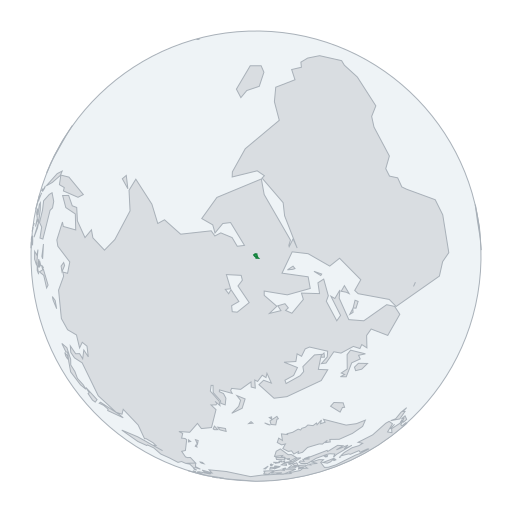 Babil highlighted on a globe, orthographic projection, rotated 181°
{"feature_id": "IRQ-3472", "entity_name": "Babil", "entity_type": "Province", "adm_level": 1, "iso_a3": "IRQ", "parent_name": "Iraq", "parent_adm1": "", "projection": "orthographic", "projection_center": [44.536, 32.662], "detail": "fine", "context": "on_globe", "style": "filled", "palette": "green", "viewbox_px": 512, "rotation_deg": 181, "n_neighbors": 0, "source": "natural_earth", "source_scale": "10m", "svg_char_len": 11268}
<svg xmlns="http://www.w3.org/2000/svg" viewBox="0 0 512 512"><g transform="rotate(181 256 256)"><circle cx="256" cy="256" r="225" fill="#eef3f6" stroke="#a8b0b8"/><path d="M251.2,30.8L253.1,30.8L278.1,32.4L288.3,33.3L284.3,33.3L305.2,36.2L320.2,40.1L301.8,35.6L298.8,35.2L308.3,37.4L307.2,37.6L311.3,39.0L309.2,39.3L298.6,37.3L297.0,37.6L303.8,39.2L306.1,41.0L296.3,38.4L299.2,41.4L281.9,40.0L257.5,35.3L246.4,37.0L217.2,39.1L218.4,40.0L208.1,42.3L205.6,44.4L200.9,44.7L203.0,46.2L207.7,45.5L210.2,46.0L209.2,47.4L203.0,47.9L202.6,47.3L200.3,48.2L197.6,48.0L198.4,48.9L191.0,49.7L196.7,51.0L189.5,53.5L185.0,53.5L187.7,50.7L183.8,45.8L180.1,46.0L172.3,48.6L152.9,58.7L147.9,60.6L139.6,65.1L141.3,65.0L148.5,61.6L149.6,63.2L158.2,59.4L159.9,59.8L167.9,57.6L164.3,61.1L156.5,66.0L149.7,68.2L146.1,70.6L150.7,71.5L136.2,79.2L123.4,91.0L120.0,93.0L116.6,90.6L121.4,82.4L117.0,81.7L117.4,85.7L108.7,91.6L106.2,94.4L105.3,96.4L107.7,95.7L104.2,98.8L102.5,95.3L105.6,92.5L106.1,93.4L108.3,89.9L107.1,88.7L102.8,92.3L105.6,88.4L102.5,91.1L102.0,91.6L104.7,89.1L106.1,87.9L104.8,89.0L117.1,78.7L130.1,69.2L143.8,60.7L158.0,53.2L172.7,46.7L187.9,41.3L203.4,37.0L219.2,33.8L235.1,31.7L251.2,30.8ZM30.9,265.8L32.0,277.1L35.3,295.6L37.1,307.2L37.6,311.3L33.1,288.7L30.9,265.8ZM295.9,34.4L290.6,33.5L296.1,34.4L295.9,34.4ZM312.2,39.2L314.0,39.5L315.3,40.2L312.2,39.2ZM169.3,55.9L168.6,56.7L167.5,56.7L169.3,55.9ZM173.4,54.3L172.6,53.6L174.5,52.8L174.9,53.2L173.4,54.3ZM313.3,41.3L314.9,42.5L311.5,40.9L313.3,41.3ZM174.0,55.3L177.9,51.5L181.1,50.1L185.5,50.7L174.0,55.3ZM314.6,43.1L318.5,46.7L322.8,47.5L312.7,47.9L312.8,44.3L307.9,41.9L312.4,43.2L314.6,43.1ZM209.7,44.7L204.6,45.5L209.8,43.7L209.7,44.7ZM212.4,43.5L224.9,38.3L232.0,38.2L226.4,39.8L236.3,39.1L233.6,41.6L227.5,42.5L223.5,42.0L225.5,43.4L212.4,43.5ZM306.5,47.8L305.9,48.6L304.5,47.4L306.5,47.8ZM211.6,46.1L213.5,44.9L219.8,44.7L217.1,47.1L216.0,46.4L211.6,46.1ZM240.2,37.9L244.4,38.4L243.4,40.5L244.8,41.1L234.1,41.7L240.2,37.9ZM214.0,47.1L215.6,48.5L211.7,49.9L210.2,47.4L214.0,47.1ZM222.5,43.7L225.4,43.8L222.9,44.5L222.5,43.7ZM198.9,56.4L201.0,54.6L204.4,54.2L198.9,56.4ZM216.5,48.9L217.8,48.4L219.4,48.2L219.6,49.4L216.5,48.9ZM234.2,43.3L232.8,44.2L238.5,43.1L237.9,44.9L230.9,45.1L233.7,45.8L233.5,46.4L228.0,45.9L234.2,43.3ZM224.7,50.0L215.5,51.4L210.8,54.7L207.6,55.0L215.8,49.7L224.7,50.0ZM227.1,47.6L224.9,49.1L222.0,48.5L221.8,47.2L227.1,47.6ZM240.1,46.2L242.8,43.3L244.2,43.4L240.1,46.2ZM223.9,51.0L226.1,50.7L223.9,51.3L223.9,51.0ZM235.7,47.7L236.5,46.6L238.1,46.7L235.7,47.7ZM229.9,51.1L227.0,51.5L226.7,50.5L229.9,51.1ZM233.1,49.6L235.1,50.1L228.4,49.9L233.1,49.1L233.1,49.6ZM237.2,48.0L238.4,47.7L236.6,48.5L237.2,48.0ZM232.6,55.0L224.2,55.1L223.7,52.7L231.9,52.9L232.6,55.0ZM70.0,300.4L63.3,262.7L69.3,253.6L72.3,239.1L115.0,208.0L122.0,214.9L153.2,220.1L156.7,223.3L150.8,234.1L172.4,255.2L182.1,247.2L203.9,259.2L219.9,260.8L229.7,239.3L203.5,236.1L201.2,224.5L224.0,217.7L247.2,221.1L247.1,216.8L234.3,206.1L241.6,198.8L230.1,201.8L233.3,206.6L226.2,208.8L222.8,204.7L225.5,202.1L219.1,199.4L207.9,213.4L209.9,219.7L191.8,219.5L193.6,230.3L187.9,234.1L183.0,217.5L184.9,212.0L174.1,192.6L170.4,198.1L180.4,217.1L176.4,214.9L171.5,223.5L172.1,215.3L162.1,194.0L147.1,193.1L124.5,209.6L116.5,208.0L111.2,200.2L122.9,178.9L139.6,185.0L144.0,178.5L143.5,166.1L148.7,169.3L150.5,165.3L157.1,167.3L169.3,160.4L176.5,161.6L184.1,150.2L188.8,149.5L183.0,156.3L182.7,162.1L200.9,165.9L205.2,164.0L208.7,156.5L213.2,158.9L214.3,151.2L226.1,150.3L212.6,145.2L216.3,137.2L224.9,132.3L223.7,129.0L209.7,137.1L206.3,141.3L207.2,146.2L195.8,158.1L188.9,158.8L191.7,143.7L182.3,143.5L188.6,132.6L222.7,115.9L235.5,114.1L250.8,127.4L246.2,131.9L238.4,129.2L243.0,138.9L243.9,134.6L247.7,136.9L252.2,130.6L255.1,132.0L254.4,123.9L258.5,124.9L258.8,130.0L269.0,122.4L278.1,123.2L279.0,120.9L277.4,118.2L290.2,121.5L290.3,119.7L286.1,117.9L283.6,113.3L284.2,106.6L288.6,108.1L289.0,110.7L296.4,118.7L296.7,125.9L298.6,125.9L299.3,120.1L290.3,110.2L289.4,105.8L294.4,109.9L292.5,108.1L293.4,106.4L298.4,106.3L293.3,101.7L297.5,83.7L307.6,82.5L311.6,87.6L319.2,78.6L330.0,79.2L326.2,77.3L327.2,72.6L323.8,72.3L322.1,71.1L323.2,60.3L326.9,59.4L323.0,53.9L321.0,53.2L318.1,53.4L312.7,47.9L322.8,47.5L326.8,49.2L330.4,48.3L339.0,52.6L347.7,56.3L354.9,62.4L361.2,65.2L361.9,64.6L370.9,68.5L387.2,79.6L371.0,73.1L346.0,59.7L355.9,65.0L352.7,64.8L355.7,67.5L362.8,71.5L364.2,71.3L370.9,85.0L386.1,100.4L387.2,95.5L393.0,97.2L411.3,113.5L427.9,146.1L435.7,151.0L439.5,156.4L440.1,162.9L434.6,155.1L430.7,155.3L427.5,150.2L426.5,159.0L421.9,152.2L423.4,162.9L428.2,166.7L430.8,161.0L434.1,173.9L443.1,179.0L449.5,190.1L452.8,218.4L448.0,232.4L448.8,236.6L444.1,235.4L442.1,246.8L454.3,262.3L455.4,268.6L450.1,286.6L449.2,282.2L436.7,278.9L437.4,294.9L447.0,301.1L450.4,313.1L444.4,313.3L440.6,303.0L436.1,301.4L435.2,288.0L427.3,271.4L421.0,279.3L419.4,271.3L407.6,259.2L397.4,270.0L382.7,298.9L384.1,319.5L377.5,330.7L361.0,306.0L354.8,286.8L348.1,290.6L331.7,276.5L301.2,280.4L297.5,275.3L291.6,278.5L280.2,274.0L274.9,265.4L267.7,266.4L282.0,289.0L289.8,287.9L297.4,278.3L299.8,286.4L310.9,292.5L296.1,313.9L252.0,333.1L248.9,317.6L221.8,272.5L223.3,267.5L223.3,266.9L223.0,265.9L219.2,273.8L215.0,264.7L228.1,296.7L229.8,309.8L251.3,334.0L249.0,336.4L256.3,341.2L281.2,334.6L281.1,339.7L268.6,363.1L235.1,392.1L240.3,410.6L239.2,425.1L220.1,432.9L223.6,443.1L213.9,445.5L214.5,450.6L207.8,454.8L195.9,457.4L173.8,452.8L171.0,448.3L157.8,436.7L138.8,408.2L142.8,397.6L140.3,387.0L124.4,358.3L127.8,345.6L123.9,338.2L115.7,336.6L111.4,327.6L106.6,325.4L77.8,315.4L70.0,300.4ZM98.0,228.3L96.2,232.4L96.2,232.5L98.0,228.3ZM270.5,236.4L285.3,236.9L280.8,222.8L286.1,222.1L282.7,217.8L280.4,221.9L272.3,210.2L279.5,205.9L278.8,199.9L273.8,199.5L262.0,209.3L273.5,225.7L269.2,231.6L270.5,236.4ZM108.8,91.8L108.8,92.2L107.2,94.7L106.6,94.4L108.8,91.8ZM108.3,102.3L102.7,107.0L106.3,103.1L104.3,103.2L109.4,95.6L118.5,93.7L113.5,95.7L108.3,102.3ZM118.7,85.7L114.5,90.2L118.8,85.4L118.7,85.7ZM154.4,143.1L155.6,146.6L151.7,150.5L142.6,150.5L148.3,144.7L154.4,143.1ZM158.4,150.9L163.7,136.8L169.5,136.8L165.3,139.1L168.7,140.5L162.8,144.6L163.2,159.0L159.8,163.5L144.9,160.1L151.7,158.5L150.0,154.9L158.4,150.9ZM166.9,106.1L169.2,101.4L178.8,107.1L175.5,110.9L166.3,110.7L164.8,106.2L166.9,106.1ZM181.0,57.7L181.3,56.6L183.0,56.3L184.1,57.0L181.0,57.7ZM199.6,55.6L181.5,62.9L180.9,61.8L171.1,68.1L165.7,67.8L172.2,63.6L160.7,68.5L164.5,64.6L156.8,68.4L172.0,59.1L175.0,56.2L173.8,59.4L178.6,59.6L181.6,58.9L192.3,54.8L201.0,49.4L207.2,49.3L209.3,50.6L208.1,51.9L204.4,51.5L205.6,53.5L199.4,53.9L199.6,55.6ZM230.1,74.3L226.3,72.0L227.5,78.6L221.3,78.0L221.8,78.9L216.4,80.3L210.8,83.6L208.3,82.8L207.2,84.5L203.6,85.7L201.2,87.9L196.0,87.4L192.6,90.1L192.0,88.3L187.7,93.2L188.6,89.4L184.0,91.0L185.6,93.9L162.9,88.5L152.7,90.1L143.8,93.8L146.4,87.5L156.5,80.3L169.6,74.2L179.0,73.9L178.5,71.4L182.9,70.7L181.5,73.0L186.3,69.1L189.5,69.2L201.1,65.5L206.1,60.5L210.5,59.2L210.1,61.3L214.7,58.7L217.1,61.8L220.3,61.2L225.8,63.9L223.3,68.6L227.1,67.6L231.5,69.9L230.1,74.3ZM234.0,55.9L232.4,61.1L228.3,63.5L220.4,57.9L217.2,58.1L212.0,55.1L218.1,51.8L219.0,52.9L221.3,53.2L218.5,54.1L222.5,53.7L223.9,55.3L227.4,55.5L226.0,57.0L234.0,55.9ZM162.2,220.0L165.2,221.4L170.2,222.2L167.1,227.9L162.2,220.0ZM155.1,205.6L158.0,205.7L156.2,213.5L153.1,212.4L155.1,205.6ZM161.2,199.3L158.3,205.1L158.0,201.3L161.2,199.3ZM185.8,156.1L189.1,155.9L188.9,157.8L186.3,160.2L185.8,156.1ZM232.3,96.0L230.8,93.7L232.2,93.1L233.3,87.5L238.0,87.8L239.1,91.3L232.3,96.0ZM224.3,242.7L218.8,246.5L216.8,244.1L219.1,243.3L224.3,242.7ZM190.9,237.6L197.8,241.7L190.0,239.1L190.9,237.6ZM237.6,95.4L237.5,93.0L239.9,94.7L237.6,95.4ZM241.5,87.8L244.5,89.3L238.7,87.2L241.5,87.8ZM317.5,471.5L319.3,471.5L315.7,472.4L317.5,471.5ZM278.5,422.5L265.1,446.1L254.2,446.3L251.3,439.9L255.7,425.7L268.1,421.3L273.9,414.1L278.5,422.5ZM470.0,319.7L471.5,317.3L471.3,318.3L470.0,319.7ZM468.6,320.0L470.7,316.6L467.8,322.5L468.6,320.0ZM471.4,315.4L473.5,310.0L474.5,307.0L474.0,309.1L471.4,315.4ZM467.0,322.4L456.2,334.9L451.3,337.5L453.0,333.2L460.8,326.1L467.0,322.4ZM452.5,333.5L444.4,331.6L429.7,314.4L435.0,311.6L449.7,317.7L448.9,321.1L453.8,323.9L452.5,333.5ZM470.2,298.4L469.3,307.5L463.8,313.9L461.0,315.7L459.2,307.1L460.3,300.5L462.7,298.1L469.4,269.2L472.3,270.2L470.8,281.2L473.0,285.6L470.2,298.4ZM385.3,321.0L391.0,330.9L387.1,334.3L385.3,321.0ZM470.1,251.9L468.7,264.3L469.3,249.5L470.1,251.9ZM469.2,239.3L470.3,243.2L468.4,240.9L469.2,239.3ZM450.7,242.5L448.2,246.1L447.2,243.2L449.7,236.9L450.7,242.5ZM454.4,199.8L458.1,208.4L458.9,211.9L456.0,208.0L454.4,199.8ZM277.5,98.3L270.7,105.3L268.9,111.4L272.7,116.1L264.4,112.9L267.2,103.5L277.5,98.3ZM294.6,85.2L291.1,81.7L294.5,81.6L295.8,82.4L294.6,85.2ZM291.2,84.2L283.5,83.0L282.8,80.1L289.0,81.5L291.2,84.2ZM260.4,88.3L258.1,90.3L256.2,88.8L260.4,88.3ZM441.8,383.4L444.6,379.0L445.4,377.8L450.6,368.4L462.1,347.0L466.8,335.5L459.8,352.1L451.4,368.1L441.8,383.4ZM473.6,312.7L476.3,301.8L477.1,298.8L473.6,312.7ZM480.7,271.6L480.8,270.7L481.0,267.6L480.7,271.6ZM481.1,265.5L480.7,267.6L481.2,259.8L481.1,265.5ZM479.0,282.3L478.8,284.7L478.4,284.6L479.0,282.3ZM479.6,278.9L480.3,276.6L479.4,281.3L479.6,278.9ZM474.2,285.4L474.9,289.2L477.0,281.6L475.4,289.7L476.1,295.4L475.4,299.6L474.8,293.2L473.5,303.8L472.5,305.5L472.5,298.3L473.9,286.4L474.9,280.4L478.3,270.9L474.2,285.4ZM479.8,272.6L479.5,267.8L479.6,262.8L480.1,264.6L479.8,272.6ZM477.4,256.8L475.1,253.0L474.1,258.6L475.2,242.8L477.3,249.0L477.4,256.8ZM473.9,244.1L473.1,249.2L473.3,240.7L473.9,244.1ZM472.3,247.6L471.1,243.0L472.3,241.5L472.3,247.6ZM474.6,242.9L473.0,234.0L474.5,237.8L474.6,242.9ZM467.9,233.0L472.3,236.4L468.3,238.9L463.4,223.3L464.8,220.4L467.9,233.0ZM445.5,156.2L442.6,152.6L442.4,149.4L444.5,152.7L445.5,156.2ZM439.3,136.9L441.4,147.4L442.7,156.5L444.4,156.8L448.6,165.2L443.5,161.0L439.5,149.4L439.3,143.8L435.1,137.4L432.4,130.5L426.4,124.1L423.8,119.8L429.2,124.1L439.3,136.9ZM423.8,121.6L412.4,109.6L414.2,107.1L417.0,109.1L421.5,115.5L420.4,116.4L423.8,121.6ZM410.2,106.1L408.9,107.1L389.6,94.9L385.9,91.9L401.6,98.9L401.2,100.3L405.7,104.0L410.2,106.1ZM308.3,49.1L306.1,48.7L307.9,48.4L308.3,49.1ZM320.2,71.0L318.1,69.4L320.3,68.9L320.2,71.0ZM313.4,64.7L312.5,66.4L311.7,64.0L313.4,64.7ZM310.6,70.5L311.2,66.8L313.3,71.3L310.6,70.5Z" fill="#d9dde1" stroke="#a8b0b8" stroke-width="1"/><path d="M255.2,253.9L255.3,253.9L255.4,254.0L255.9,254.0L256.0,254.3L256.0,254.6L256.0,254.8L256.0,255.2L256.0,255.3L256.6,255.4L256.8,255.6L257.0,255.6L257.3,255.8L257.6,256.4L257.7,256.6L257.8,256.7L257.8,256.8L258.1,256.8L258.2,257.0L257.9,257.2L257.8,257.3L257.5,257.5L257.3,257.5L257.2,257.7L257.1,257.8L257.0,257.7L256.9,257.7L256.9,257.8L256.9,258.0L256.7,258.1L256.4,258.0L256.1,257.9L255.9,257.8L255.7,257.9L255.5,258.0L255.4,258.0L255.4,257.9L255.3,257.7L255.3,257.4L255.3,257.2L255.2,257.1L255.2,256.9L255.0,256.5L255.0,256.4L255.0,256.2L255.1,255.8L255.1,255.7L254.9,255.5L254.7,255.5L254.7,255.2L254.4,254.8L254.4,254.5L254.3,254.3L254.2,254.2L253.9,254.1L253.7,254.0L253.6,253.9L253.8,253.9L254.2,254.0L254.5,254.0L254.9,254.1L255.0,254.1L255.2,253.9L255.2,253.9Z" fill="#22c55e" stroke="#15803d" stroke-width="1.5"/></g></svg>